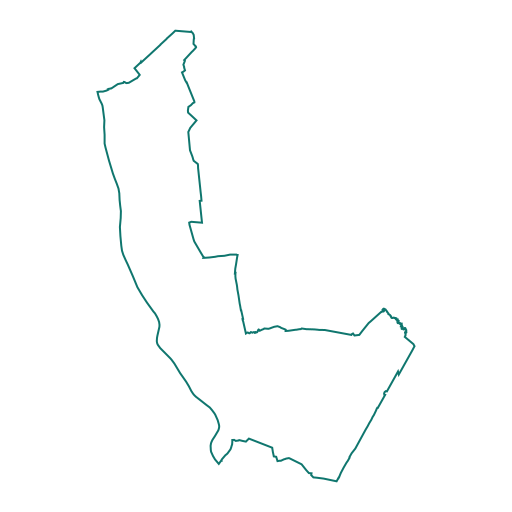 the district of Līksnas pag., Daugavpils, Latvia
{"feature_id": "27541924B33833880746459", "entity_name": "Līksnas pag.", "entity_type": "district", "adm_level": 2, "iso_a3": "LVA", "parent_name": "Latvia", "parent_adm1": "Daugavpils", "projection": "orthographic", "projection_center": [26.497, 56.013], "detail": "fine", "context": "isolated", "style": "outline", "palette": "teal", "viewbox_px": 512, "rotation_deg": 0, "n_neighbors": 0, "source": "geoboundaries", "source_scale": "gbopen_adm2", "svg_char_len": 5903}
<svg xmlns="http://www.w3.org/2000/svg" viewBox="0 0 512 512"><path d="M300.9,329.1L299.3,329.2L296.6,329.7L295.2,329.8L288.5,330.8L285.6,331.0L285.7,329.7L284.6,329.2L281.2,327.9L280.0,327.1L277.5,326.2L274.2,326.8L271.7,327.7L269.9,328.4L268.4,328.8L264.3,328.5L263.7,329.0L261.7,329.8L259.7,330.8L259.3,330.7L259.1,330.3L259.0,329.7L258.9,329.6L258.6,329.5L258.3,329.8L257.4,331.8L257.1,332.2L256.6,332.4L255.5,332.0L255.3,332.1L255.2,332.3L255.2,332.8L254.8,332.9L254.0,332.1L253.5,332.2L252.3,332.7L251.4,332.2L250.8,332.1L250.4,332.5L249.8,333.2L249.6,333.3L249.0,333.2L247.8,332.5L247.4,332.5L245.9,333.5L243.2,321.5L242.7,320.1L242.5,319.0L243.1,318.9L241.2,310.3L240.9,310.3L240.1,305.6L239.7,303.7L238.5,295.5L237.4,289.5L237.1,286.7L236.8,284.7L235.6,278.7L235.4,276.5L235.4,273.9L235.5,273.1L234.9,273.3L235.3,268.5L236.0,264.6L237.1,257.4L237.6,255.0L236.7,254.9L236.4,254.6L230.1,254.6L224.4,255.8L218.0,256.2L215.1,256.8L209.3,257.5L203.5,257.9L203.4,257.9L203.8,257.1L203.3,256.8L200.6,252.3L194.3,241.5L193.5,239.1L189.5,224.8L189.2,222.6L191.3,221.8L202.0,222.7L199.9,202.8L199.7,200.9L201.5,200.7L201.1,196.1L200.6,191.8L198.1,168.2L198.0,165.2L197.8,164.0L193.7,160.8L193.1,159.1L192.8,157.9L192.3,156.3L190.0,150.3L188.3,132.0L190.3,127.8L196.5,120.4L188.1,112.6L187.9,110.6L188.4,106.9L190.9,105.2L192.9,103.1L194.4,102.4L194.4,102.2L194.3,101.3L189.3,88.9L186.8,82.6L186.6,82.7L185.2,80.3L182.0,72.4L183.3,71.7L185.0,70.4L184.1,67.5L184.2,67.1L183.4,64.7L184.9,60.8L184.2,60.1L191.6,52.1L192.9,50.9L195.3,48.3L196.1,47.3L195.9,46.5L195.6,46.5L195.2,45.9L195.1,45.7L193.5,43.9L193.8,39.0L194.1,38.7L193.7,34.9L193.5,34.5L192.8,33.2L191.3,31.6L191.1,32.0L175.3,30.7L172.3,33.6L166.8,38.5L166.6,38.9L160.5,44.5L160.4,44.8L141.2,62.5L140.9,61.7L140.4,62.7L134.5,68.2L138.9,73.8L139.7,74.9L136.9,78.3L136.1,78.5L133.7,79.9L128.8,82.8L126.6,83.1L126.1,83.0L124.5,82.0L123.8,81.9L123.3,82.9L117.8,84.1L111.8,88.1L111.4,88.3L110.9,88.4L110.9,88.5L108.5,88.9L107.9,89.2L108.2,89.8L106.5,90.6L102.9,91.6L100.4,91.6L97.5,91.9L98.1,94.7L98.8,97.3L99.4,99.2L101.7,103.7L102.4,105.5L102.7,107.2L104.4,120.3L104.1,127.2L104.6,134.8L104.6,143.6L105.5,147.5L109.0,160.6L112.9,173.5L114.9,179.0L116.8,183.8L118.5,188.6L119.3,193.3L119.6,200.0L120.2,205.8L120.9,211.1L120.7,218.1L119.9,227.0L120.4,236.0L121.3,245.8L122.0,250.7L123.3,254.8L125.7,260.2L127.7,264.4L132.9,276.3L137.4,287.2L142.1,295.2L145.7,300.7L147.1,302.8L153.3,311.4L155.0,313.4L156.7,316.3L158.0,318.9L159.1,322.0L159.5,324.9L159.4,326.9L157.4,335.7L157.0,337.9L156.8,341.1L157.0,342.5L157.3,343.7L157.9,344.9L160.2,348.1L170.4,358.4L171.6,359.8L174.4,363.6L180.1,373.1L186.2,381.8L188.9,386.3L191.3,391.0L192.8,393.3L193.6,394.4L194.6,395.5L196.1,396.9L202.4,401.8L206.2,404.8L209.8,407.5L212.0,410.1L214.4,413.3L215.3,414.8L217.7,420.2L218.9,424.4L219.2,426.1L219.1,427.5L218.8,428.9L218.3,430.4L214.8,436.3L212.5,439.8L211.6,441.7L211.0,443.3L210.6,445.8L210.8,450.0L211.1,451.8L213.0,456.0L215.0,459.4L218.8,463.9L220.9,461.0L221.6,460.8L221.4,460.2L222.0,459.2L225.4,455.2L226.7,454.2L227.6,453.3L230.5,449.3L231.2,447.4L231.6,445.9L232.1,444.5L232.3,442.1L232.3,440.0L234.2,439.9L235.7,440.9L238.6,440.5L239.1,440.1L239.3,440.1L242.4,440.9L245.9,441.6L248.9,438.6L272.2,447.7L272.9,452.2L273.3,453.9L273.8,456.4L276.2,456.8L277.5,461.1L280.0,460.7L280.8,460.8L284.0,459.3L285.2,459.0L286.1,458.6L288.9,458.1L289.9,458.5L301.6,464.3L306.2,470.1L308.9,473.1L311.5,473.3L311.2,475.1L313.4,477.4L316.7,477.7L323.7,478.6L336.6,481.3L338.3,478.2L338.5,478.3L339.2,477.0L339.1,476.9L339.3,476.6L340.9,472.8L343.7,467.5L346.6,462.5L347.7,461.0L349.6,457.7L349.4,457.2L351.6,453.3L355.3,448.6L365.7,429.5L367.5,426.5L369.4,422.9L371.3,419.8L372.6,417.0L373.9,415.0L376.0,410.6L376.8,408.6L377.3,407.8L377.8,407.9L385.1,394.9L384.3,394.7L384.1,393.4L384.7,392.0L385.9,391.1L386.9,391.4L398.0,371.5L398.8,374.5L412.4,350.2L414.5,346.2L413.4,344.1L404.8,336.9L405.5,335.4L405.4,335.2L405.6,334.8L405.6,334.6L405.3,333.2L405.1,333.0L405.0,332.6L405.0,332.4L405.1,332.2L405.3,332.0L405.7,332.1L405.8,332.3L405.6,332.5L405.6,332.8L405.9,332.8L406.2,332.7L406.3,332.6L406.4,332.3L406.4,332.1L406.3,331.8L406.1,330.8L406.1,330.6L406.3,330.2L406.0,329.6L405.3,329.4L405.3,329.2L405.6,329.1L405.5,328.4L405.1,328.0L404.9,328.0L404.7,328.5L404.3,328.7L404.2,329.3L403.9,329.5L403.4,329.4L402.9,328.7L402.7,328.2L402.3,328.4L402.0,328.9L401.7,328.9L401.6,328.7L402.0,327.7L402.6,327.6L402.8,327.4L402.8,327.2L402.6,327.1L401.6,327.1L401.3,326.6L400.8,326.5L400.8,326.3L401.1,326.0L401.4,326.0L401.7,326.2L401.8,326.5L402.2,326.3L402.1,325.7L401.8,325.2L401.8,324.8L401.6,324.5L401.6,324.1L401.7,323.8L401.7,323.6L401.0,323.6L400.7,323.7L400.4,324.2L400.1,324.1L400.0,323.9L399.8,322.9L399.1,322.8L398.9,323.2L398.1,323.2L397.8,323.1L397.6,322.8L398.1,322.5L398.4,322.5L398.5,322.4L398.4,321.7L398.5,321.6L398.6,321.2L397.8,321.2L397.7,321.1L397.8,320.9L398.0,320.7L398.1,320.3L397.6,319.8L397.1,320.1L397.1,319.8L397.3,319.5L397.4,319.3L397.0,319.2L396.6,319.5L396.0,319.4L395.9,319.1L396.3,318.7L396.3,318.3L395.5,318.0L394.8,318.0L394.5,318.1L393.9,317.6L393.2,317.7L393.0,317.9L392.6,318.0L391.6,317.9L391.2,317.4L391.2,317.0L391.1,316.4L390.7,316.3L390.3,315.7L390.3,315.4L390.2,315.2L389.5,314.7L388.5,314.2L388.4,314.1L388.5,313.8L388.5,313.6L388.3,313.3L387.8,312.8L387.5,312.2L387.0,311.8L387.0,311.4L385.8,310.1L385.7,309.6L385.4,309.4L384.0,308.7L383.6,308.7L383.3,308.9L383.4,309.1L384.0,309.3L384.0,309.8L384.0,310.1L383.9,310.2L383.5,310.3L382.7,309.9L382.5,310.0L382.6,310.3L383.3,310.7L384.0,310.9L384.0,311.0L383.7,311.4L383.5,311.5L382.9,311.5L382.1,311.6L381.5,312.0L381.2,311.9L370.5,321.5L368.7,323.0L362.1,331.2L359.3,334.9L354.5,335.5L353.0,333.5L351.4,334.4L351.3,334.9L324.8,330.0L319.1,329.9L317.5,329.7L314.2,329.4L307.5,329.2L306.6,329.2L301.7,328.5L300.9,329.1Z" fill="none" stroke="#0f766e" stroke-width="2"/></svg>